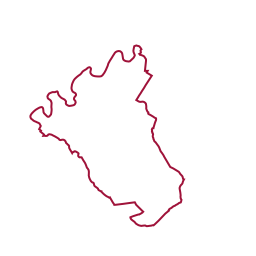 Coltau, Maramures, Romania (orthographic projection), rotated 306°
{"feature_id": "2599482B55109321738966", "entity_name": "Coltau", "entity_type": "district", "adm_level": 2, "iso_a3": "ROU", "parent_name": "Romania", "parent_adm1": "Maramures", "projection": "orthographic", "projection_center": [23.522, 47.593], "detail": "fine", "context": "isolated", "style": "outline", "palette": "rose", "viewbox_px": 256, "rotation_deg": 306, "n_neighbors": 0, "source": "geoboundaries", "source_scale": "gbopen_adm2", "svg_char_len": 5564}
<svg xmlns="http://www.w3.org/2000/svg" viewBox="0 0 256 256"><g transform="rotate(306 128 128)"><path d="M119.3,203.5L119.0,202.9L119.7,201.9L120.8,200.6L121.1,199.6L121.5,197.4L122.2,195.6L122.4,194.8L121.9,188.5L121.3,185.1L126.3,173.6L126.6,173.2L127.0,172.2L127.7,170.3L128.2,168.6L128.4,168.1L128.6,167.7L130.6,164.6L130.8,164.1L131.0,163.8L131.2,163.3L132.2,160.1L132.6,158.9L132.7,158.6L132.7,158.2L132.7,157.6L132.8,157.1L133.7,155.8L133.8,155.4L134.5,154.7L134.7,154.3L134.8,154.2L135.0,154.1L135.2,153.6L135.8,152.9L136.1,152.7L137.5,152.1L137.7,151.8L137.9,151.5L138.0,151.3L138.3,151.2L138.3,150.7L138.5,150.3L139.2,149.8L139.3,149.7L139.3,149.4L140.2,148.9L140.4,148.7L140.5,148.5L140.6,148.3L141.1,148.1L141.3,148.1L141.5,148.0L141.9,147.9L142.1,148.0L142.3,148.3L142.7,148.3L142.9,148.3L143.0,148.6L143.4,148.4L147.9,146.8L149.3,146.4L150.6,146.1L151.3,145.8L152.3,145.0L152.0,143.5L152.0,141.8L151.7,138.3L151.5,137.3L151.4,136.3L151.5,135.9L152.0,135.6L152.6,135.3L152.7,134.1L153.1,133.4L154.0,131.9L154.8,131.0L155.6,130.6L156.9,129.5L158.1,128.3L158.5,127.2L158.5,125.9L158.3,125.1L157.9,124.3L156.5,122.8L155.9,121.7L155.7,120.5L155.5,118.3L158.7,118.1L160.7,117.9L163.6,117.8L165.8,117.6L170.0,117.4L172.9,117.1L184.3,116.5L183.8,110.5L185.8,110.3L184.2,108.1L192.9,103.1L193.6,102.6L194.2,102.1L195.2,99.5L195.4,98.6L195.1,96.9L194.6,95.3L194.3,94.8L194.5,94.6L194.6,93.6L195.6,94.0L196.2,94.1L196.6,94.1L196.9,93.9L197.2,93.6L197.5,93.1L197.8,92.7L198.9,92.5L199.6,92.6L200.2,91.1L200.7,89.2L200.5,88.4L199.9,87.0L199.7,86.3L198.8,85.6L197.8,85.0L195.3,86.1L193.6,87.0L192.6,88.0L190.9,90.7L189.6,91.1L187.8,91.2L183.1,90.3L182.2,89.5L181.1,87.5L180.7,86.5L180.5,85.2L180.6,84.1L181.2,83.2L183.9,80.5L185.0,79.3L185.4,78.3L185.5,77.2L185.4,76.3L184.7,75.1L183.6,74.1L182.2,73.4L181.0,73.2L179.7,73.3L177.6,73.4L175.4,73.6L171.9,73.8L168.6,74.2L166.4,75.0L161.9,76.0L158.9,76.4L155.9,76.4L154.3,76.0L153.2,75.0L151.9,73.2L150.8,71.4L150.2,70.2L149.8,68.9L149.7,67.7L150.0,66.3L150.4,65.4L151.2,64.6L154.1,63.3L154.5,62.7L154.7,61.9L154.5,61.1L153.8,60.5L152.8,60.0L151.4,59.8L148.3,58.5L147.0,58.1L144.7,58.1L143.2,57.9L141.3,57.2L139.1,56.6L136.5,56.1L134.6,56.1L132.1,56.6L130.3,57.1L127.4,58.6L126.5,59.3L125.6,60.5L125.0,61.7L124.9,62.8L125.2,64.3L125.1,65.4L124.6,66.2L124.1,66.6L123.2,66.7L121.7,66.6L120.8,66.7L119.7,67.2L119.3,67.9L118.8,69.7L117.8,70.7L116.4,71.0L115.5,71.0L114.7,70.7L113.9,70.1L112.5,68.8L111.3,67.5L111.0,66.7L110.8,65.5L110.8,64.1L111.4,63.2L113.1,62.2L113.5,60.9L113.7,59.9L113.2,56.5L113.4,54.7L113.8,52.9L114.4,51.7L115.9,49.9L116.0,49.2L115.3,48.6L114.1,47.9L112.6,45.8L111.4,45.0L109.7,44.0L108.3,43.9L107.1,44.0L106.1,44.3L105.0,45.6L104.8,46.5L104.9,48.1L104.7,49.5L104.0,50.6L103.3,51.5L101.1,52.9L99.9,53.7L98.4,55.1L97.1,56.0L94.9,57.2L93.8,57.7L93.0,57.7L91.8,57.6L90.8,57.4L90.1,56.8L89.9,56.1L90.0,55.0L90.2,53.9L90.3,53.1L90.6,51.4L91.2,50.3L91.9,49.7L92.8,48.9L93.9,47.8L94.3,47.0L94.3,46.1L93.9,45.5L92.5,44.4L90.6,43.5L88.4,42.6L85.9,42.0L83.0,41.6L80.8,41.8L79.6,42.5L78.9,43.5L78.5,44.6L78.6,45.7L78.4,47.2L78.6,48.5L79.0,50.1L79.2,51.4L79.5,52.5L79.6,53.7L79.1,54.7L78.4,56.2L77.5,56.4L74.8,56.8L74.7,59.2L73.6,59.2L73.4,63.1L73.3,63.9L71.9,64.1L72.6,64.9L73.0,65.8L73.4,66.4L73.9,66.9L74.4,67.3L75.2,67.4L75.9,67.4L76.7,68.0L77.3,69.2L77.7,70.2L77.9,71.9L78.2,73.5L78.5,76.4L78.6,78.3L78.3,79.0L78.2,79.5L78.4,80.3L79.1,81.0L79.7,81.5L80.4,82.3L80.7,83.1L80.8,84.1L80.6,84.6L80.5,85.3L80.1,85.9L79.5,86.7L79.4,88.2L79.1,89.0L79.2,89.7L79.1,90.2L78.8,90.9L77.9,91.6L77.2,92.3L76.7,93.3L76.2,94.4L75.7,95.7L74.9,97.5L75.3,97.4L75.9,97.4L76.0,97.5L76.2,97.8L76.3,98.0L76.8,98.2L77.3,98.2L77.8,98.5L78.1,99.0L78.3,99.7L78.5,101.7L78.4,102.8L78.3,103.0L77.9,103.2L77.6,103.3L76.9,103.6L76.3,104.0L75.9,104.5L75.7,105.5L75.8,106.1L76.4,106.8L77.0,107.7L75.6,110.8L74.5,113.7L73.9,114.8L73.1,116.1L72.4,117.1L72.0,117.7L71.6,118.6L71.5,119.3L71.2,120.0L70.9,120.7L70.3,121.4L69.8,121.9L68.6,122.8L67.8,123.3L67.6,123.5L66.7,124.0L65.4,125.4L64.6,126.5L63.5,128.6L63.2,129.4L63.0,130.5L63.0,131.1L63.1,131.4L63.3,132.0L63.3,132.3L63.3,132.5L62.9,133.1L62.6,133.4L62.4,133.7L62.1,134.0L61.8,134.4L61.7,134.5L61.4,135.2L61.4,138.4L61.3,139.3L61.1,139.6L60.8,140.0L60.7,140.2L60.5,140.8L60.6,141.2L60.7,142.1L60.8,142.9L61.1,143.6L60.8,143.7L60.8,144.3L60.6,145.1L60.3,147.2L60.2,148.7L60.2,150.3L60.2,150.8L60.5,152.4L60.6,153.9L60.8,154.1L61.2,154.2L58.8,159.6L58.4,160.8L58.0,161.9L57.8,162.1L58.6,163.1L63.8,168.7L68.4,173.5L71.9,177.2L71.6,177.9L70.7,179.6L70.0,184.0L69.9,184.8L69.5,187.3L69.2,189.5L68.6,189.4L68.2,189.4L67.3,189.1L66.1,188.6L65.1,188.1L64.6,187.9L64.2,187.3L63.0,186.4L59.7,184.0L57.2,182.4L56.8,182.7L56.2,183.8L56.0,184.3L55.9,185.9L55.9,188.0L55.8,188.8L55.4,190.3L55.3,191.1L55.4,192.0L55.5,193.2L55.8,194.4L56.6,196.3L57.0,196.7L58.6,198.4L59.0,198.9L59.3,199.4L59.4,199.9L59.4,200.4L59.5,200.7L59.7,201.0L60.4,201.8L61.2,202.6L62.4,203.9L62.8,204.3L63.6,204.9L64.2,205.5L64.3,205.9L66.0,206.3L70.9,207.2L80.7,208.5L84.9,209.6L84.9,209.3L86.5,209.1L86.8,209.2L87.2,209.3L89.1,210.2L90.2,210.4L90.7,210.5L91.1,210.8L91.6,210.9L92.0,211.2L92.3,211.4L92.8,211.7L93.4,211.8L94.7,212.4L95.0,212.6L96.0,213.0L97.4,213.4L98.1,213.9L98.7,214.4L99.0,214.4L100.4,213.9L101.0,213.6L101.4,213.4L101.5,212.9L101.8,212.5L102.1,211.9L103.5,210.7L104.4,210.2L105.1,209.6L106.6,208.2L108.7,206.0L109.4,205.3L110.2,204.8L111.9,204.4L112.7,204.4L113.2,204.4L113.5,204.5L114.2,204.6L115.2,204.6L116.7,204.0L117.9,203.7L119.3,203.5Z" fill="none" stroke="#9f1239" stroke-width="2"/></g></svg>